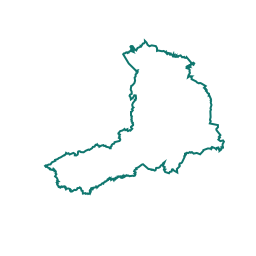 outline of Tuxpan, Jalisco, Mexico, rotated 58°
{"feature_id": "50627088B31771995002719", "entity_name": "Tuxpan", "entity_type": "district", "adm_level": 2, "iso_a3": "MEX", "parent_name": "Mexico", "parent_adm1": "Jalisco", "projection": "natural_earth1", "projection_center": [-103.456, 19.437], "detail": "fine", "context": "isolated", "style": "outline", "palette": "teal", "viewbox_px": 256, "rotation_deg": 58, "n_neighbors": 0, "source": "geoboundaries", "source_scale": "gbopen_adm2", "svg_char_len": 5867}
<svg xmlns="http://www.w3.org/2000/svg" viewBox="0 0 256 256"><g transform="rotate(58 128 128)"><path d="M116.2,218.4L117.6,218.2L118.0,217.1L119.4,216.8L120.3,216.0L121.1,215.6L121.5,216.2L121.8,216.1L123.8,214.0L123.0,212.9L124.3,212.5L125.6,213.2L126.0,212.3L127.0,212.4L128.1,213.5L129.2,213.2L130.4,215.5L132.3,214.8L134.4,215.0L134.9,215.7L136.3,215.3L135.9,216.2L136.5,216.2L136.5,217.3L137.9,217.1L137.9,217.8L138.3,218.0L140.5,217.9L141.1,217.4L141.5,217.9L142.8,216.9L142.6,216.1L142.2,216.4L142.3,215.3L143.2,215.0L143.2,213.9L144.3,213.3L144.0,212.6L144.6,212.2L145.7,212.3L145.9,213.0L147.1,213.1L146.9,212.4L147.7,210.6L149.0,209.5L149.7,209.4L149.5,209.9L150.5,210.4L151.7,210.1L152.2,209.0L152.0,206.2L153.0,205.2L153.0,203.8L152.2,202.7L153.0,201.3L152.8,200.4L154.0,199.9L156.6,200.6L157.3,199.8L159.7,201.0L160.7,198.6L161.4,198.7L162.2,196.8L162.8,196.8L163.0,195.4L163.6,195.2L162.4,193.5L161.7,194.0L161.1,193.7L161.3,193.1L160.6,192.9L160.9,191.9L160.5,192.1L159.6,191.3L159.8,190.1L160.9,189.8L160.4,188.6L161.4,186.4L160.7,185.9L161.5,185.0L162.0,185.3L161.4,182.8L161.8,180.8L161.3,179.7L161.4,178.8L162.1,178.4L161.4,177.5L161.6,176.4L161.2,175.6L161.6,175.1L161.5,173.4L161.0,172.9L161.4,172.4L160.7,171.9L160.6,170.6L161.3,171.0L161.3,169.5L161.9,170.0L162.3,169.4L163.1,169.8L163.1,167.7L164.8,167.7L163.6,166.0L164.2,166.5L164.8,166.2L164.4,165.3L163.7,165.2L163.7,164.4L164.6,164.3L164.4,162.6L163.9,162.4L164.3,162.0L164.1,161.5L164.9,160.4L165.0,160.8L165.5,160.6L165.3,159.7L166.2,159.6L166.1,159.1L166.8,159.9L167.2,159.5L167.4,158.4L166.9,158.5L167.1,157.9L166.8,157.8L167.1,157.1L166.4,156.6L166.7,156.0L167.5,156.3L167.4,154.1L168.1,154.0L168.6,152.8L169.6,152.4L171.1,149.0L171.8,148.5L172.0,147.3L171.4,146.4L170.2,146.7L170.2,145.5L169.7,145.0L168.0,145.8L167.2,144.6L167.5,142.6L166.4,142.5L166.8,139.9L166.4,135.7L166.7,134.5L173.6,132.4L174.5,131.2L175.9,130.3L175.8,129.8L176.5,129.5L176.6,128.9L178.2,128.0L178.4,127.1L176.8,125.2L178.0,123.1L178.0,121.5L177.2,120.1L177.3,118.3L176.5,117.0L176.3,115.1L178.7,118.4L179.6,118.4L180.6,117.6L182.1,119.4L182.9,118.5L183.3,119.7L185.0,119.8L188.1,117.2L187.4,115.8L188.0,114.1L186.5,112.7L186.7,111.9L188.2,111.7L191.8,109.8L188.7,108.3L187.9,104.5L187.2,104.0L186.5,104.2L185.5,102.9L186.0,101.5L185.8,100.4L182.4,95.1L181.7,95.2L181.4,93.3L181.2,93.0L181.0,93.9L180.2,93.4L180.5,93.1L180.1,92.3L180.4,91.8L180.2,91.1L181.2,90.2L181.2,88.3L182.3,87.8L182.3,86.6L184.5,85.9L185.6,82.9L188.5,80.8L187.3,76.3L186.7,75.8L187.7,71.0L189.3,68.9L190.0,68.7L189.6,67.8L188.8,67.6L188.6,66.8L191.3,64.9L192.7,64.5L192.3,64.1L192.7,63.1L192.0,62.9L192.4,61.7L193.9,62.1L193.8,61.7L194.7,61.5L195.9,62.4L195.7,60.7L195.1,60.5L195.1,59.5L193.9,59.0L194.9,57.8L194.6,57.6L193.9,58.2L193.6,57.5L191.9,56.4L190.4,53.9L188.9,54.0L188.1,56.6L185.7,57.5L184.7,55.1L183.7,55.6L183.0,53.4L176.8,54.1L175.7,53.7L175.0,51.3L173.2,50.2L167.5,56.2L166.0,54.2L164.6,54.2L162.6,52.2L157.3,49.2L156.4,47.9L155.0,47.6L152.7,45.0L150.3,44.4L149.1,43.2L148.4,43.3L147.7,42.4L143.1,41.7L143.1,42.2L141.8,41.2L140.4,42.0L139.2,42.0L137.7,41.3L137.5,42.1L136.7,41.6L136.0,41.9L135.8,41.4L134.2,42.2L133.6,39.9L128.9,42.3L127.9,43.1L127.7,44.2L126.0,45.3L124.5,45.6L120.3,48.2L119.0,47.3L118.1,47.6L118.0,46.5L116.7,48.3L116.8,50.2L115.4,48.8L114.1,46.3L112.6,45.9L111.4,44.9L110.1,45.0L107.5,47.2L108.7,45.7L107.2,45.9L107.0,45.0L108.0,44.7L108.8,43.6L107.4,44.1L107.1,42.5L107.5,42.0L106.9,41.8L108.0,41.6L107.0,40.6L107.5,39.8L109.1,39.0L108.3,37.6L107.3,38.0L107.5,38.5L107.0,39.2L106.1,39.8L99.1,40.8L99.5,41.3L98.8,42.4L97.7,42.6L97.8,43.1L97.0,43.6L96.7,44.6L94.3,44.9L93.7,47.3L94.0,47.8L92.2,48.5L93.4,49.0L93.0,49.7L92.4,49.1L92.5,49.7L91.6,51.4L91.3,51.5L91.4,51.0L90.8,50.5L90.8,51.8L90.5,51.7L90.4,50.9L89.6,50.5L90.2,51.5L88.4,52.4L88.2,53.5L86.8,53.6L86.8,53.0L85.1,54.7L86.2,55.0L86.2,55.6L83.9,55.9L83.4,55.5L83.3,56.2L81.6,56.9L81.0,58.4L78.3,61.3L78.0,62.5L75.7,61.1L73.3,61.0L70.5,64.1L70.0,66.5L67.8,67.3L65.4,67.0L63.1,67.5L64.3,68.2L64.7,69.7L64.3,70.7L65.8,73.6L65.1,73.9L65.7,74.4L65.2,77.5L66.6,79.9L64.9,80.6L61.0,80.8L60.1,82.0L60.3,82.8L60.9,82.9L60.8,82.0L62.5,82.6L63.1,83.6L63.4,82.7L64.2,83.1L64.9,82.0L65.7,82.3L65.6,83.2L66.2,83.2L64.4,84.5L63.8,86.2L64.4,87.5L63.8,87.9L64.1,88.7L63.1,89.1L62.9,89.7L63.1,90.8L62.6,91.9L62.9,93.0L73.7,93.2L83.8,90.8L84.2,89.6L84.5,90.2L84.7,89.6L85.3,90.0L85.2,89.5L86.2,91.1L86.6,93.2L88.3,94.2L88.8,95.7L91.6,96.9L93.3,98.8L94.2,101.8L94.0,102.9L96.9,105.4L99.0,105.6L101.0,106.7L100.9,108.7L101.6,109.7L103.4,109.6L105.3,110.4L105.0,107.7L103.6,105.3L104.5,104.2L105.4,104.6L107.3,105.6L107.2,106.0L108.2,106.8L107.8,107.4L108.4,107.7L109.3,110.4L110.6,112.2L112.7,112.9L113.5,112.5L114.1,114.7L115.5,114.5L116.1,116.1L115.9,116.9L119.0,118.8L120.1,118.5L120.5,119.3L121.6,119.5L122.7,120.9L123.5,120.6L124.5,121.6L126.0,121.1L126.5,121.9L127.4,121.6L128.3,122.2L128.6,124.8L129.2,125.2L130.9,124.8L131.5,127.3L130.8,127.6L130.6,129.7L129.6,130.0L128.7,129.3L128.4,131.5L127.0,131.5L127.2,133.9L126.5,136.3L127.4,139.0L127.9,139.2L129.3,138.3L130.2,139.8L131.2,139.7L131.6,141.0L133.1,140.5L133.9,140.8L134.5,142.0L132.9,146.9L133.9,148.0L133.5,149.4L133.7,150.7L134.6,151.4L134.6,152.3L136.0,153.4L135.5,154.2L134.6,154.1L132.3,156.5L131.2,156.4L130.6,157.8L129.5,157.9L128.8,159.9L128.7,162.3L127.6,162.0L127.0,162.7L125.5,162.8L125.8,163.6L125.1,164.4L126.1,166.3L125.4,167.8L126.1,169.2L126.1,171.8L126.1,172.5L125.3,173.0L124.9,175.9L125.1,178.5L123.5,180.7L122.2,181.2L121.6,182.3L121.6,182.8L123.8,184.7L123.9,186.4L123.0,187.6L121.8,186.7L120.2,187.5L119.5,191.6L117.9,191.8L117.6,193.2L116.3,193.7L117.3,195.0L117.5,196.2L117.2,196.3L117.2,200.8L116.8,202.8L117.1,204.1L116.4,206.7L117.3,207.0L116.8,210.7L117.8,213.0L116.9,214.8L116.9,216.2L116.1,217.5L116.2,218.4Z" fill="none" stroke="#0f766e" stroke-width="2"/></g></svg>